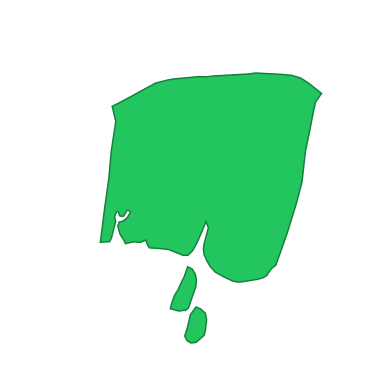 the district of Idid 03, Palau, rotated 19°
{"feature_id": "81905179B3672705563325", "entity_name": "Idid 03", "entity_type": "district", "adm_level": 2, "iso_a3": "PLW", "parent_name": "Palau", "parent_adm1": "", "projection": "robinson", "projection_center": [134.485, 7.342], "detail": "fine", "context": "isolated", "style": "filled", "palette": "green", "viewbox_px": 384, "rotation_deg": 19, "n_neighbors": 0, "source": "geoboundaries", "source_scale": "gbopen_adm2", "svg_char_len": 1818}
<svg xmlns="http://www.w3.org/2000/svg" viewBox="0 0 384 384"><g transform="rotate(19 192 192)"><path d="M282.4,56.6L277.2,54.8L266.7,51.1L257.9,48.9L248.5,49.2L237.4,51.9L213.4,58.8L206.8,62.1L181.2,72.6L174.0,75.5L168.8,78.1L161.0,80.6L141.7,89.4L139.0,90.5L132.6,94.0L122.1,100.8L115.7,107.9L94.9,130.6L88.6,136.9L96.9,150.0L102.6,180.7L108.7,205.1L114.8,236.3L121.7,269.4L130.4,265.7L130.8,261.1L129.6,247.2L129.4,244.5L128.1,242.5L127.0,241.1L126.8,238.8L127.2,235.5L127.8,234.6L128.4,234.6L129.4,235.3L130.2,236.6L131.2,238.0L132.4,238.1L133.9,237.8L135.3,236.9L136.0,233.6L136.3,231.3L137.3,230.2L138.7,230.2L140.3,230.9L139.9,233.6L139.3,236.7L138.1,239.2L136.8,241.3L135.0,242.8L132.7,244.3L133.1,245.9L132.8,248.1L133.2,248.8L137.7,255.4L143.3,259.7L145.9,262.5L149.9,260.0L153.1,258.0L159.6,256.5L163.9,252.5L166.4,255.7L169.8,258.7L181.6,255.5L188.6,254.0L204.4,254.8L208.9,253.0L211.6,247.4L212.7,241.9L213.7,233.6L214.9,215.6L219.1,220.4L220.4,237.7L221.3,242.1L223.8,247.2L228.1,251.9L233.6,256.6L239.9,260.1L249.8,261.9L259.1,262.9L264.7,262.3L268.6,260.6L282.6,253.1L287.6,249.5L290.1,246.2L290.1,245.3L292.2,238.3L295.1,233.8L295.4,200.3L294.4,168.6L292.8,147.0L286.0,116.6L283.1,93.7L280.7,77.3L279.6,66.7L282.4,56.6ZM209.5,309.4L218.5,308.8L222.9,306.5L224.2,306.2L226.4,303.1L226.4,279.9L224.9,274.0L223.9,272.2L221.9,268.6L219.5,266.6L217.2,264.7L213.4,264.3L212.2,264.1L212.2,274.9L211.9,277.0L211.4,280.2L210.8,287.2L210.7,288.7L209.2,295.0L209.1,299.8L209.0,303.4L209.5,309.4ZM235.3,299.6L233.2,299.4L230.4,308.5L231.4,317.6L231.7,321.0L231.9,323.2L232.0,330.6L235.9,334.2L240.2,335.1L244.9,332.8L246.2,330.5L248.0,327.3L250.2,323.5L250.0,321.7L249.6,317.8L248.4,312.5L247.4,307.9L244.1,302.3L239.4,300.2L238.2,299.7L235.3,299.6Z" fill="#22c55e" stroke="#15803d" stroke-width="1.5"/></g></svg>